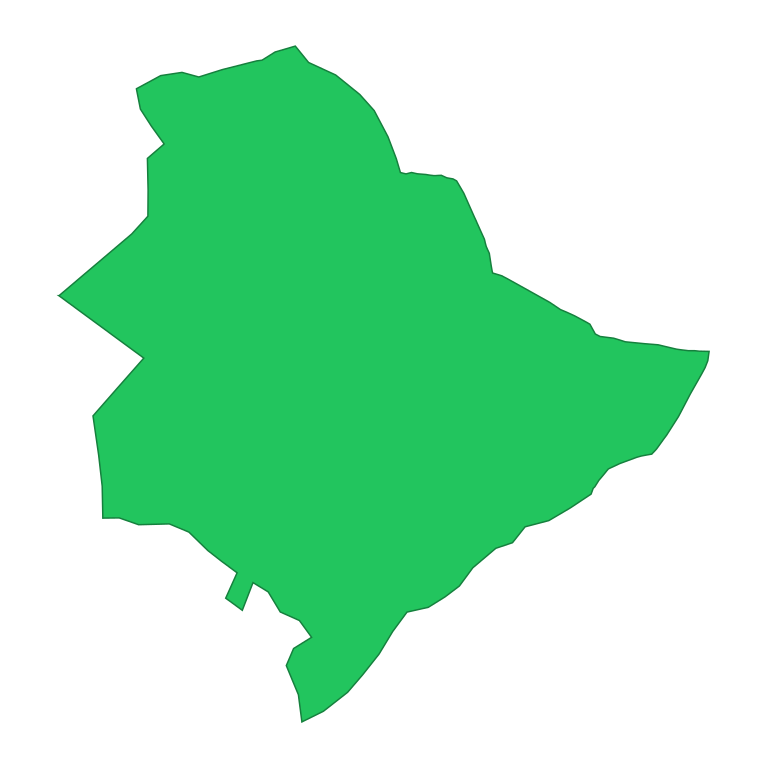 outline of Mandoul Oriental, Mandoul, Chad
{"feature_id": "50815135B49309888435923", "entity_name": "Mandoul Oriental", "entity_type": "district", "adm_level": 2, "iso_a3": "TCD", "parent_name": "Chad", "parent_adm1": "Mandoul", "projection": "robinson", "projection_center": [17.725, 9.127], "detail": "fine", "context": "isolated", "style": "filled", "palette": "green", "viewbox_px": 768, "rotation_deg": 0, "n_neighbors": 0, "source": "geoboundaries", "source_scale": "gbopen_adm2", "svg_char_len": 2141}
<svg xmlns="http://www.w3.org/2000/svg" viewBox="0 0 768 768"><path d="M102.8,518.1L119.2,517.9L138.6,524.7L169.3,523.9L188.9,532.1L207.9,550.6L221.7,561.4L237.1,572.8L225.7,598.2L242.3,610.3L253.0,582.6L268.2,591.9L280.3,612.0L299.4,620.5L311.6,637.3L293.6,648.5L286.3,665.6L298.4,694.7L301.9,721.9L323.5,711.2L347.6,692.3L362.8,674.6L379.1,654.0L392.7,631.5L407.0,612.1L428.3,607.3L445.0,596.9L459.4,586.0L472.8,567.8L495.8,548.3L512.5,542.7L525.1,526.8L548.8,520.6L570.5,507.8L591.1,494.1L593.2,488.3L594.8,486.8L597.7,482.2L598.8,480.4L603.7,474.6L605.6,472.3L606.6,471.0L608.4,468.9L619.7,463.6L636.7,457.3L641.4,456.0L646.1,455.1L651.8,454.1L652.3,453.5L655.3,450.4L656.6,448.9L658.0,447.0L663.9,438.8L665.1,437.2L666.6,435.2L678.4,416.7L680.9,412.0L683.3,407.4L690.3,394.0L701.6,374.1L705.1,367.6L707.8,360.7L709.1,351.4L699.5,351.2L694.7,350.7L688.5,350.7L681.8,349.9L676.7,349.2L673.7,348.5L664.8,346.4L658.2,344.8L653.4,344.4L647.1,343.9L644.7,343.7L625.3,341.8L620.0,340.1L613.7,338.2L601.9,336.7L600.1,336.5L599.0,335.9L595.3,334.0L589.9,324.2L587.0,322.5L575.1,316.1L574.9,316.0L574.3,315.7L566.9,312.3L560.5,309.6L549.8,302.4L531.9,292.4L507.1,278.6L502.7,276.3L502.1,275.9L498.3,274.7L497.9,274.6L492.6,273.0L492.1,270.8L491.2,265.7L489.3,253.3L487.5,249.4L486.2,246.4L485.4,243.4L485.2,242.8L485.0,241.6L484.4,239.2L480.0,229.5L478.4,225.9L476.9,222.6L476.3,221.1L474.6,217.5L470.9,209.2L466.1,198.4L463.8,193.2L456.6,180.9L453.0,178.9L449.5,178.3L446.8,177.8L444.8,176.9L441.3,175.3L436.8,175.5L436.2,175.6L433.6,175.6L432.2,175.4L431.0,175.3L427.6,174.8L426.0,174.5L417.4,173.8L411.5,172.5L406.0,173.9L404.4,173.5L404.2,173.5L401.1,172.7L400.4,172.5L396.3,158.7L388.0,136.8L374.2,110.6L359.8,94.5L335.7,75.0L308.6,62.5L295.3,46.1L275.1,52.0L262.0,60.2L256.6,60.9L223.1,69.4L221.7,69.8L198.8,77.0L182.0,72.4L160.7,75.6L136.5,88.7L136.4,88.8L140.4,109.1L151.4,126.2L164.1,143.9L164.1,144.0L147.4,158.4L148.1,190.4L147.9,216.2L131.8,233.9L131.7,234.0L59.0,295.7L58.9,295.7L143.8,358.1L117.7,387.7L98.5,409.6L93.0,415.9L98.7,455.4L102.2,486.2L102.8,516.4L102.8,518.1Z" fill="#22c55e" stroke="#15803d" stroke-width="1.5"/></svg>